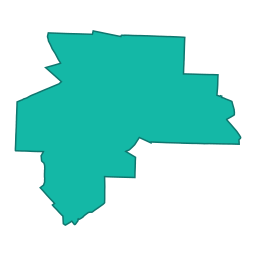 outline of Nana, Calarasi, Romania
{"feature_id": "2599482B6717067498389", "entity_name": "Nana", "entity_type": "district", "adm_level": 2, "iso_a3": "ROU", "parent_name": "Romania", "parent_adm1": "Calarasi", "projection": "robinson", "projection_center": [26.612, 44.3], "detail": "fine", "context": "isolated", "style": "filled", "palette": "teal", "viewbox_px": 256, "rotation_deg": 0, "n_neighbors": 0, "source": "geoboundaries", "source_scale": "gbopen_adm2", "svg_char_len": 3988}
<svg xmlns="http://www.w3.org/2000/svg" viewBox="0 0 256 256"><path d="M234.0,109.3L233.8,108.4L232.5,103.8L231.9,101.5L231.6,101.3L228.7,100.1L225.8,99.0L223.9,98.1L221.5,97.4L221.8,96.2L220.3,95.7L219.7,96.3L216.9,95.2L217.2,91.7L217.5,88.3L217.7,84.7L217.8,79.8L218.0,74.8L212.3,74.6L209.2,74.6L201.2,74.4L195.0,74.2L183.5,73.9L183.7,67.2L183.9,63.6L183.9,61.7L184.0,60.6L184.1,58.0L184.1,56.6L184.2,53.6L184.3,50.6L184.4,46.8L184.5,43.6L184.7,38.6L184.8,37.4L184.1,37.3L179.0,37.0L169.8,36.6L167.3,36.6L162.4,36.4L158.4,36.3L154.4,36.1L146.7,35.8L145.6,35.8L143.0,35.7L139.8,35.6L138.9,35.6L137.6,35.6L132.9,35.5L128.6,35.3L124.4,35.2L124.4,35.4L124.0,35.4L121.7,35.2L121.5,35.3L121.3,35.4L121.2,35.5L121.1,35.8L120.9,36.5L118.6,36.1L115.6,35.5L111.2,34.6L109.7,34.3L108.3,34.0L104.3,33.2L101.5,32.6L94.5,31.2L93.6,31.0L93.2,30.9L92.4,34.3L79.2,33.9L75.5,33.8L67.2,33.6L48.3,32.9L47.5,36.3L47.7,37.7L48.1,38.7L48.5,41.0L50.5,44.9L52.2,48.8L55.1,53.3L56.7,56.3L58.3,59.4L60.6,63.1L60.6,63.3L60.2,63.4L54.4,65.1L48.0,66.9L45.6,67.6L50.6,72.0L59.8,80.2L61.4,81.7L58.9,83.9L54.8,85.6L43.1,90.5L35.1,93.9L31.9,95.2L30.6,95.8L29.1,96.6L27.4,97.6L27.0,97.8L25.8,98.3L24.5,98.7L23.8,98.9L23.1,99.3L22.5,99.7L22.2,99.8L20.7,100.4L17.1,101.9L17.1,102.2L17.0,104.2L17.0,105.4L16.8,110.4L16.7,113.8L16.6,115.0L16.5,118.6L16.5,118.9L16.5,120.1L16.5,120.6L16.4,121.1L16.4,122.7L16.4,123.3L16.4,123.7L16.3,124.8L16.3,126.9L16.1,130.1L16.1,131.1L16.0,133.0L15.9,134.7L15.6,144.7L15.5,146.7L15.4,148.7L15.4,149.5L15.4,150.5L15.5,150.7L16.1,150.8L16.6,150.8L17.4,150.8L20.3,150.9L22.3,151.0L24.8,151.0L27.8,151.1L31.3,151.3L33.7,151.4L37.7,151.5L39.5,151.5L43.4,151.6L43.1,152.3L42.9,152.8L42.1,154.0L41.7,154.9L41.3,155.5L41.2,155.7L41.1,155.8L41.1,156.0L41.3,157.3L41.4,158.9L41.5,159.8L41.6,160.7L41.6,160.8L41.8,161.1L42.3,161.6L43.8,163.0L44.0,163.3L44.1,163.5L44.5,164.9L44.6,165.3L44.6,165.6L44.7,166.1L44.7,166.6L44.7,167.8L44.8,168.7L44.8,169.0L44.8,169.4L44.7,169.6L44.6,169.9L44.6,170.2L44.6,172.1L44.5,173.6L44.5,174.6L44.5,174.9L44.5,175.3L44.5,175.8L44.5,176.6L44.5,176.8L44.5,177.2L44.7,177.8L44.7,178.3L44.7,178.5L44.7,178.8L44.6,179.8L44.6,180.1L44.6,180.7L44.6,181.3L44.6,181.6L44.7,181.9L43.5,185.2L43.3,185.3L41.1,187.0L40.2,187.7L42.9,190.6L47.0,195.3L49.3,197.8L50.5,199.1L53.1,201.8L54.5,203.5L52.4,205.0L54.2,207.1L56.6,209.5L58.5,211.6L59.4,212.6L60.6,213.8L61.3,214.6L62.6,215.8L62.9,216.1L63.0,218.0L63.3,223.7L63.6,223.9L64.4,224.5L65.3,225.1L65.5,225.0L65.8,224.9L66.5,224.5L67.1,224.1L68.2,223.5L68.4,223.3L69.4,222.8L70.1,222.3L70.4,222.1L71.8,221.2L74.2,224.3L74.5,224.5L74.9,224.5L75.4,224.2L76.4,222.9L78.0,220.7L78.0,219.8L78.0,219.2L78.2,218.9L78.3,219.0L78.6,219.1L79.1,219.3L79.3,219.2L79.6,219.1L79.8,219.0L80.4,218.7L80.7,218.5L81.7,217.9L82.7,217.2L82.8,217.2L83.0,216.9L83.4,216.5L83.6,216.3L83.8,216.1L84.2,215.6L85.3,214.8L85.5,214.6L85.8,214.4L87.4,213.2L88.0,212.8L88.2,212.7L88.4,212.6L88.7,212.4L89.0,212.4L89.3,212.3L90.1,212.2L90.6,212.2L90.8,212.2L91.0,212.2L91.9,212.2L92.6,211.8L94.4,210.4L99.0,207.2L101.8,205.2L102.7,204.6L103.5,203.9L104.1,203.3L104.5,202.9L104.6,202.7L104.6,202.1L104.6,201.2L104.7,199.0L104.7,196.8L104.7,194.7L104.7,190.2L104.8,186.9L104.6,176.6L112.2,176.9L119.7,177.1L134.9,177.5L135.0,171.8L135.2,166.8L135.2,166.1L135.2,165.2L135.3,163.5L135.3,161.2L135.4,159.6L135.5,157.3L127.2,152.3L125.7,151.4L126.3,151.0L128.7,150.2L129.5,149.7L132.3,147.1L134.6,144.8L135.1,144.1L139.3,137.5L144.5,139.9L151.0,142.9L151.1,142.0L163.7,142.5L165.7,142.6L180.7,143.0L181.4,143.1L193.4,143.4L196.4,143.4L203.1,143.6L204.0,143.7L209.2,143.6L223.1,143.9L231.8,144.0L239.2,144.2L239.0,140.4L238.9,139.9L238.9,139.7L239.1,139.5L239.8,138.9L240.4,138.3L240.6,137.9L240.6,137.6L240.6,137.2L239.6,135.5L238.8,134.3L236.8,131.4L230.9,124.5L229.8,123.3L227.2,120.3L226.6,119.5L226.6,119.4L232.9,115.8L234.1,115.0L234.3,114.8L234.4,112.3L234.2,110.8L234.1,109.7L234.1,109.4L234.0,109.3Z" fill="#14b8a6" stroke="#0f766e" stroke-width="1.5"/></svg>